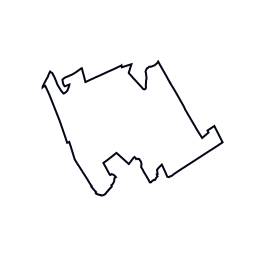 Tamadau Mare, Calarasi, Romania (Natural Earth projection), rotated 289°
{"feature_id": "2599482B39728516719627", "entity_name": "Tamadau Mare", "entity_type": "district", "adm_level": 2, "iso_a3": "ROU", "parent_name": "Romania", "parent_adm1": "Calarasi", "projection": "natural_earth1", "projection_center": [26.573, 44.474], "detail": "fine", "context": "isolated", "style": "outline", "palette": "ink", "viewbox_px": 256, "rotation_deg": 289, "n_neighbors": 0, "source": "geoboundaries", "source_scale": "gbopen_adm2", "svg_char_len": 5193}
<svg xmlns="http://www.w3.org/2000/svg" viewBox="0 0 256 256"><g transform="rotate(289 128 128)"><path d="M153.3,50.8L153.2,50.8L152.8,50.5L152.6,50.4L152.4,50.3L152.1,50.4L149.7,51.7L148.5,52.5L148.3,52.6L147.1,54.2L146.8,54.5L146.9,54.8L147.5,55.5L150.0,58.4L149.4,58.5L147.8,58.7L143.7,58.5L143.2,58.3L142.8,58.2L140.7,57.0L140.0,56.3L139.8,56.1L139.6,55.9L139.7,55.6L140.6,54.1L141.3,52.9L142.1,51.9L143.0,50.8L145.2,48.1L146.5,46.7L147.9,45.6L149.1,44.6L152.6,41.4L153.4,40.5L153.9,39.8L155.1,38.8L155.4,38.1L155.6,37.0L156.0,36.0L153.0,35.6L151.5,35.5L150.9,35.6L150.0,35.5L149.2,35.3L147.4,35.0L146.5,34.8L142.9,34.3L140.9,34.0L139.0,33.9L138.7,34.0L138.9,34.1L139.4,34.4L139.6,34.7L140.1,35.2L140.9,36.1L139.9,37.0L136.6,40.2L134.4,42.3L129.8,46.3L112.5,61.1L104.7,67.2L97.9,72.5L94.6,75.0L94.2,75.3L95.7,77.0L91.6,80.1L81.0,87.8L80.0,89.0L77.6,91.9L76.1,93.9L71.3,99.9L67.7,104.5L67.0,105.3L66.1,106.5L65.9,106.7L65.1,107.6L64.8,108.0L64.3,108.5L64.1,108.9L63.8,109.2L63.2,109.9L62.9,110.3L61.9,111.6L61.7,112.1L61.1,112.7L60.5,112.5L60.0,113.4L59.1,114.9L57.9,117.0L57.4,118.0L57.0,118.7L56.2,118.5L55.8,118.9L55.7,119.1L55.5,119.3L55.5,119.6L55.5,119.8L55.5,120.1L55.4,120.2L55.4,120.3L55.4,120.6L55.4,121.0L55.4,121.3L55.4,121.6L55.5,121.9L55.5,122.2L55.4,122.6L55.4,122.8L55.4,123.0L55.5,123.2L55.5,123.3L55.7,123.5L55.7,123.9L55.5,124.1L55.5,124.6L55.6,124.9L55.7,125.1L55.8,125.2L55.9,125.5L56.0,125.6L56.2,126.1L56.2,126.3L56.5,126.6L56.8,126.9L57.1,127.1L57.3,127.3L57.6,127.6L57.8,127.8L58.0,127.9L58.2,128.1L58.3,128.1L58.5,128.0L58.8,128.2L59.2,128.4L59.3,128.4L59.4,128.5L59.5,128.5L59.8,128.6L60.0,128.6L60.3,128.8L60.6,128.9L60.8,128.9L61.1,129.0L61.3,129.2L61.5,129.3L61.8,129.4L62.0,129.5L62.5,129.6L62.9,129.7L63.0,129.7L63.1,129.8L63.3,130.0L63.6,130.1L63.8,130.3L64.0,130.4L64.3,130.3L64.5,130.4L64.9,130.6L65.0,130.7L65.2,130.8L65.6,130.9L65.9,131.2L66.4,131.4L66.9,131.6L67.2,131.7L67.7,131.7L67.9,131.6L68.4,130.9L70.1,131.8L72.4,132.2L73.0,132.2L73.7,132.1L74.8,131.8L75.6,131.6L76.1,131.6L76.3,131.6L76.6,131.8L77.2,132.3L77.6,132.6L78.3,131.3L78.5,131.1L78.6,130.7L78.8,130.2L78.9,129.6L79.1,128.9L79.1,128.3L79.1,128.0L79.1,127.5L78.9,127.3L78.6,127.1L78.1,126.9L77.8,126.7L77.7,126.5L78.1,125.8L81.6,121.9L82.7,120.8L83.8,119.6L84.5,118.7L85.1,118.1L85.6,117.6L85.8,117.3L86.9,116.1L89.6,118.0L94.3,121.1L100.7,125.2L94.2,140.5L96.3,141.2L101.0,142.7L101.6,142.9L102.2,143.2L102.7,143.6L102.4,144.1L102.3,144.4L101.8,145.1L101.5,145.5L101.8,145.6L101.9,146.0L101.8,146.6L101.7,146.9L101.7,147.1L101.7,147.3L102.1,147.8L102.4,148.3L101.0,150.4L100.5,151.0L99.8,151.6L99.3,151.9L98.6,152.3L97.1,152.8L96.3,153.0L95.5,153.0L93.8,155.0L93.0,155.9L92.3,156.5L91.1,157.9L90.6,158.5L89.7,159.6L88.7,160.8L88.1,161.5L86.9,162.9L86.5,163.4L83.9,166.1L83.8,166.4L83.7,166.6L83.9,167.0L84.4,167.6L85.1,167.7L86.3,168.6L86.8,168.8L87.3,169.3L87.5,169.5L87.6,169.8L87.5,170.3L87.9,170.5L89.1,170.7L89.9,170.9L90.2,170.9L90.9,171.2L91.8,171.7L92.4,171.1L93.5,170.3L93.9,170.9L94.0,171.0L94.6,170.7L95.2,170.4L95.7,170.1L95.8,170.1L96.3,169.9L96.7,169.7L97.0,169.5L97.3,169.3L97.8,169.1L98.3,169.2L98.9,169.4L99.6,169.6L101.3,170.4L104.4,171.9L103.5,172.8L100.9,175.3L97.3,178.7L94.7,181.0L94.7,181.6L94.8,181.7L94.8,182.0L94.8,182.5L94.9,182.8L95.1,182.9L95.8,183.4L95.9,183.6L97.1,185.0L97.7,185.4L98.5,185.9L99.2,186.3L99.4,186.4L107.0,192.2L109.6,194.3L112.2,196.3L117.9,200.8L132.5,212.2L139.3,217.6L141.4,219.2L144.7,221.7L145.3,222.1L145.7,221.6L145.9,221.4L146.6,220.7L150.0,217.2L150.7,216.5L151.0,216.2L151.7,215.5L156.0,211.0L158.0,209.0L151.5,204.0L149.9,205.6L142.7,201.4L146.4,196.7L146.9,196.1L147.9,194.9L150.2,192.1L151.1,191.2L157.2,184.0L158.3,182.8L159.1,181.8L160.0,180.7L160.7,180.0L161.7,178.8L162.7,177.7L163.7,176.4L165.2,175.0L166.8,173.5L169.4,170.5L173.4,166.0L175.1,164.1L179.0,159.6L181.8,156.2L184.7,152.7L184.8,152.8L185.1,152.4L186.8,150.4L189.3,147.7L191.5,145.2L194.8,141.4L196.6,139.4L197.8,138.0L200.6,134.9L199.4,134.6L198.3,134.1L197.0,133.4L196.3,133.0L195.9,132.7L194.4,130.9L193.6,130.0L193.4,129.7L193.2,129.5L193.2,129.3L193.2,128.9L193.1,128.7L192.9,128.2L192.7,128.1L192.3,127.8L192.0,127.6L191.0,127.1L190.8,126.7L190.6,126.5L190.2,126.4L189.0,126.3L187.7,126.2L186.8,126.3L186.1,126.9L185.5,127.3L184.7,127.6L183.2,128.3L182.7,128.6L182.1,128.9L181.6,129.1L180.9,129.3L180.6,129.4L179.9,129.6L179.1,129.6L177.2,130.1L175.4,130.6L174.0,131.0L173.1,131.4L172.0,131.8L171.3,131.8L170.6,131.7L170.0,131.2L169.8,130.5L169.8,129.9L169.8,129.7L171.6,126.6L172.3,125.2L172.7,124.5L173.3,123.4L173.6,122.8L174.6,121.0L176.1,118.2L176.7,117.0L177.6,115.5L178.5,113.9L179.2,112.6L179.9,111.3L180.1,110.9L180.4,110.8L181.8,110.7L185.0,110.6L189.4,110.5L189.0,109.9L184.9,104.4L183.4,102.4L185.0,101.5L184.8,101.4L184.1,100.6L183.3,99.7L181.6,98.0L180.8,97.3L179.9,96.3L176.7,92.9L174.5,90.5L170.9,86.8L170.2,86.0L168.3,84.1L167.6,83.3L165.5,81.0L163.5,79.0L161.1,76.4L158.4,73.7L157.8,73.1L157.6,72.8L161.1,70.5L165.7,67.4L169.5,64.9L169.4,64.6L168.0,63.6L163.7,60.6L161.3,58.6L160.0,57.4L158.6,55.8L156.6,53.7L156.1,53.0L155.6,52.4L155.2,52.1L154.2,51.3L153.8,51.1L153.3,50.8Z" fill="none" stroke="#020617" stroke-width="2"/></g></svg>